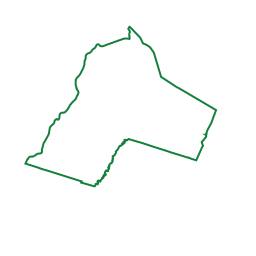 Otaņķu pag., Nicas, Latvia, rotated 123°
{"feature_id": "27541924B2147324015224", "entity_name": "Otaņķu pag.", "entity_type": "district", "adm_level": 2, "iso_a3": "LVA", "parent_name": "Latvia", "parent_adm1": "Nicas", "projection": "natural_earth1", "projection_center": [21.142, 56.421], "detail": "fine", "context": "isolated", "style": "outline", "palette": "green", "viewbox_px": 256, "rotation_deg": 123, "n_neighbors": 0, "source": "geoboundaries", "source_scale": "gbopen_adm2", "svg_char_len": 5438}
<svg xmlns="http://www.w3.org/2000/svg" viewBox="0 0 256 256"><g transform="rotate(123 128 128)"><path d="M165.0,192.8L168.2,193.6L169.0,193.7L170.3,193.7L173.3,192.4L174.8,191.7L176.1,191.2L177.1,191.0L180.0,190.8L183.4,190.5L186.7,190.5L187.7,190.2L189.0,189.7L190.6,189.2L192.8,188.5L193.6,188.2L194.1,187.7L194.6,187.3L195.0,187.1L195.6,187.0L196.4,187.1L197.4,188.1L198.3,189.0L199.1,190.1L199.4,190.2L200.2,190.4L201.2,190.8L203.9,192.3L204.4,193.1L204.6,193.4L204.7,193.6L205.0,194.1L205.5,194.5L205.9,194.8L206.4,195.0L207.1,195.1L208.4,195.0L208.7,195.1L209.0,195.3L209.4,195.3L210.2,195.1L213.7,194.6L211.0,184.8L209.8,180.6L210.0,180.5L208.8,176.1L208.6,175.7L207.6,172.2L204.5,161.1L199.6,143.3L198.0,137.7L199.3,137.5L197.3,131.2L195.4,124.9L195.1,124.2L194.5,124.2L194.3,124.2L194.2,124.1L193.9,124.3L193.6,124.4L193.0,124.3L192.6,124.3L192.4,124.5L192.3,124.4L192.3,124.2L192.1,124.0L191.9,124.0L191.8,123.3L191.8,123.0L191.7,122.8L191.2,122.9L190.8,122.9L190.5,123.0L190.0,123.5L189.4,123.6L189.4,123.8L189.5,124.3L189.4,124.5L188.8,124.5L188.2,124.2L188.0,123.5L187.9,123.0L188.0,122.9L187.9,122.4L188.1,122.3L188.1,122.2L187.6,122.1L186.5,122.5L186.1,122.4L185.8,122.3L185.4,122.3L185.2,122.1L184.9,122.1L184.7,122.2L184.7,122.3L184.4,122.3L184.2,122.3L183.9,122.5L183.6,122.5L183.3,122.5L183.3,122.3L183.6,121.8L183.3,121.6L183.1,121.7L182.1,122.0L182.0,122.3L181.7,122.3L181.6,122.2L181.5,121.9L181.3,121.9L180.5,122.2L180.5,122.4L180.6,122.6L180.4,122.6L179.6,121.8L179.5,121.7L180.0,121.3L179.8,121.2L179.5,121.2L179.2,121.2L178.8,121.7L178.7,122.6L178.4,122.8L178.3,123.0L178.1,123.1L177.3,123.2L176.8,123.3L175.8,123.2L175.5,123.0L175.4,122.7L175.5,122.5L175.5,122.4L175.3,122.3L175.0,122.5L174.9,122.4L175.0,122.2L175.1,121.8L175.4,121.6L175.3,121.4L175.2,121.3L174.8,121.3L174.6,121.4L174.2,121.8L173.8,121.8L173.0,121.7L172.7,121.9L172.5,122.1L172.3,121.8L172.2,121.8L171.9,122.0L171.9,122.3L172.1,122.4L172.2,122.5L172.2,122.8L172.1,123.0L171.9,123.1L171.0,122.6L170.8,122.6L170.7,122.7L170.4,123.2L170.1,123.2L169.9,123.1L169.7,123.4L169.4,123.4L169.2,123.4L169.1,123.5L168.9,123.6L168.2,123.5L167.9,123.5L167.4,123.3L166.8,123.2L166.3,123.0L166.2,122.9L166.2,122.7L165.6,122.8L165.4,122.7L165.1,122.6L164.8,122.7L164.3,122.8L164.1,122.9L164.1,123.2L164.0,123.4L163.7,123.5L163.6,123.3L163.3,123.3L163.2,123.4L163.2,123.6L162.7,123.9L162.2,124.0L162.1,123.7L161.9,123.7L161.8,123.8L161.8,124.1L161.5,124.5L160.8,124.9L160.5,124.9L160.3,125.1L160.0,125.4L159.3,125.1L158.8,124.6L158.5,124.6L158.2,124.7L157.5,124.5L157.3,124.5L156.2,124.5L155.4,124.7L155.2,124.7L154.9,124.9L154.9,125.0L154.6,125.3L153.5,125.2L153.2,125.3L152.5,125.0L151.6,124.9L150.8,125.1L149.6,125.1L147.6,125.2L147.4,125.1L147.4,124.8L147.1,124.5L147.0,124.4L146.8,124.3L146.4,124.2L146.2,124.2L145.7,124.1L144.9,124.1L144.7,124.4L144.5,124.5L144.0,123.4L142.5,123.5L142.6,123.8L142.6,124.0L142.4,124.2L142.2,123.9L142.0,123.1L142.7,122.9L142.4,122.8L141.6,123.1L141.2,123.4L140.8,123.6L140.7,123.6L140.4,123.3L140.1,123.4L140.1,123.6L140.4,123.7L140.4,123.8L140.3,124.2L140.2,124.4L139.9,124.4L139.5,124.1L139.4,123.9L139.4,123.6L139.5,123.5L139.2,123.2L139.4,122.9L139.4,122.6L139.2,122.3L138.8,122.2L138.5,122.0L137.0,121.6L136.7,120.7L134.1,111.9L133.9,111.3L132.9,108.0L132.0,104.7L130.5,98.8L126.0,82.5L125.2,79.2L120.6,63.0L119.8,60.2L119.7,60.3L119.6,59.8L119.5,58.9L118.9,56.6L117.9,53.2L103.6,55.4L102.1,55.4L100.9,57.0L99.7,58.5L99.4,58.4L97.9,58.2L92.8,57.7L92.7,57.7L91.6,58.8L91.4,58.9L91.4,59.1L91.1,58.6L90.4,58.8L90.5,59.1L89.5,59.5L87.0,60.2L78.1,60.9L74.0,61.9L65.0,63.9L66.9,107.4L67.2,108.8L67.1,128.1L53.1,144.6L50.8,147.2L50.2,148.6L48.3,153.5L48.2,154.0L48.2,154.4L48.2,156.3L48.2,157.6L48.5,159.7L48.9,161.4L45.5,167.1L44.9,169.8L44.1,173.4L43.7,175.1L42.9,178.5L42.7,179.5L42.5,180.6L42.3,181.1L42.3,181.6L42.3,181.9L42.5,182.0L43.1,181.7L43.4,181.7L44.0,181.8L44.6,181.8L44.9,181.3L45.7,179.7L45.9,179.2L46.4,178.7L46.7,178.6L47.9,178.4L48.8,178.0L50.1,177.0L50.3,176.9L50.3,176.6L50.9,176.4L52.0,175.4L52.5,175.3L53.5,177.5L54.2,178.7L54.9,179.6L55.6,180.3L56.3,180.9L56.6,181.1L69.8,191.2L72.9,193.4L73.9,194.7L74.2,195.2L74.3,195.8L74.2,196.4L73.9,197.6L73.9,198.1L74.0,198.5L74.2,198.9L75.0,199.4L75.4,199.5L76.3,199.5L78.2,199.3L78.9,199.4L79.8,199.7L80.4,200.0L81.0,200.2L81.5,200.4L82.7,200.5L83.4,200.4L85.2,200.8L86.1,201.2L86.4,201.4L86.7,201.7L87.8,202.5L88.8,202.8L90.0,202.8L90.6,202.7L92.7,201.4L93.6,201.1L94.3,201.1L95.3,200.9L96.0,200.6L97.3,199.9L98.1,199.3L101.3,198.3L102.3,198.1L104.5,197.9L107.8,197.5L108.9,197.5L110.5,197.5L112.0,197.8L112.6,197.9L113.2,198.1L113.7,198.2L115.5,198.1L116.1,198.0L116.6,197.7L119.0,196.3L120.0,195.6L121.1,194.6L121.4,194.3L121.6,193.8L122.6,193.0L122.9,192.7L122.8,192.4L123.6,191.5L123.8,191.0L124.0,190.6L124.4,189.7L124.7,189.2L125.2,188.9L126.2,188.5L126.7,188.4L127.1,188.4L127.7,188.2L129.0,188.3L130.1,188.0L131.1,187.8L131.6,187.7L132.5,187.7L137.0,188.7L137.8,188.8L140.1,189.1L140.5,189.1L142.5,188.9L144.4,188.9L145.8,188.8L148.9,189.4L149.6,189.8L150.3,190.5L151.0,191.5L151.4,192.0L151.7,192.2L152.1,192.4L152.5,192.5L153.2,192.6L153.9,192.6L154.2,192.5L154.8,192.3L155.6,191.7L156.3,191.3L158.1,190.8L158.7,190.9L159.0,191.0L159.3,191.5L159.3,191.8L159.2,192.1L159.3,192.6L159.5,192.8L160.2,193.2L161.1,193.4L161.6,193.5L162.1,193.4L162.9,193.1L163.9,192.7L164.4,192.7L165.0,192.8Z" fill="none" stroke="#15803d" stroke-width="2"/></g></svg>